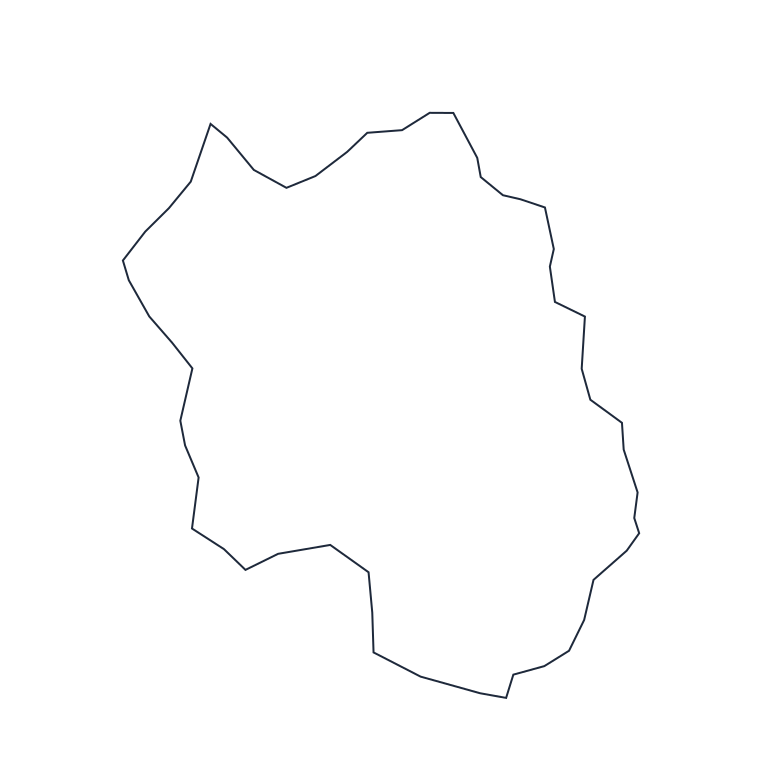 the district of Sjöbo, Skåne, Sweden, rotated 283°
{"feature_id": "70781695B31496650101497", "entity_name": "Sjöbo", "entity_type": "district", "adm_level": 2, "iso_a3": "SWE", "parent_name": "Sweden", "parent_adm1": "Skåne", "projection": "albers", "projection_center": [13.784, 55.677], "detail": "fine", "context": "isolated", "style": "outline", "palette": "slate", "viewbox_px": 768, "rotation_deg": 283, "n_neighbors": 0, "source": "geoboundaries", "source_scale": "gbopen_adm2", "svg_char_len": 850}
<svg xmlns="http://www.w3.org/2000/svg" viewBox="0 0 768 768"><g transform="rotate(283 384 384)"><path d="M598.4,156.5L537.7,150.2L507.0,134.9L478.8,117.1L445.6,101.8L427.7,112.0L397.0,140.1L376.6,168.2L356.1,193.8L302.4,193.8L279.4,204.0L251.2,224.4L201.2,229.3L200.0,229.4L187.1,265.2L172.4,289.7L171.7,290.8L194.7,319.0L215.1,367.8L197.1,411.3L158.6,424.0L120.1,434.2L107.1,485.5L104.3,547.1L105.6,573.6L129.9,575.4L145.2,603.7L165.7,624.3L199.1,632.1L240.3,632.2L276.2,658.0L296.0,666.2L309.7,658.0L335.4,655.5L374.0,632.3L399.7,624.6L415.1,588.6L443.3,573.2L494.9,564.6L502.4,532.1L535.7,519.2L553.7,519.1L592.2,501.1L594.7,475.4L594.7,457.4L607.4,431.7L625.3,424.0L663.7,390.6L658.5,367.5L635.4,344.5L625.0,311.2L601.9,295.9L571.2,270.4L553.2,244.8L563.3,209.0L588.8,175.7L598.4,156.5Z" fill="none" stroke="#1e293b" stroke-width="2"/></g></svg>